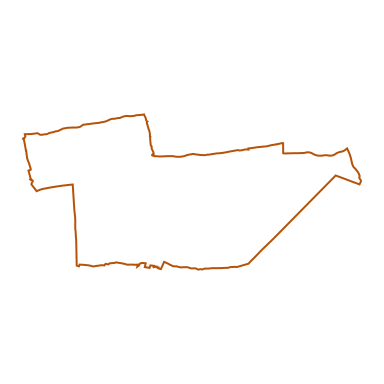 Secu, Dolj, Romania (Natural Earth projection)
{"feature_id": "2599482B59560805166375", "entity_name": "Secu", "entity_type": "district", "adm_level": 2, "iso_a3": "ROU", "parent_name": "Romania", "parent_adm1": "Dolj", "projection": "natural_earth1", "projection_center": [23.29, 44.48], "detail": "fine", "context": "isolated", "style": "outline", "palette": "amber", "viewbox_px": 384, "rotation_deg": 0, "n_neighbors": 0, "source": "geoboundaries", "source_scale": "gbopen_adm2", "svg_char_len": 5915}
<svg xmlns="http://www.w3.org/2000/svg" viewBox="0 0 384 384"><path d="M359.5,184.4L360.4,182.6L361.0,181.4L360.7,180.0L359.6,178.5L359.2,177.6L359.4,177.0L359.7,176.1L358.9,173.9L357.9,172.1L356.7,170.5L355.2,168.6L353.6,167.1L352.3,164.4L350.8,157.8L349.3,153.2L348.7,151.9L347.1,148.4L346.4,148.9L345.5,149.8L343.7,150.9L342.5,151.4L341.2,151.7L339.3,152.1L338.3,152.5L337.3,152.9L336.6,153.2L335.6,153.9L334.5,154.6L333.5,155.1L332.1,155.5L330.3,155.7L329.1,155.6L327.8,155.4L326.2,155.2L324.4,155.3L323.5,155.4L322.7,155.6L320.8,155.7L318.3,155.7L316.9,155.4L315.4,155.0L313.5,154.2L312.4,153.5L311.0,152.9L309.8,152.5L308.8,152.3L307.7,152.3L306.9,152.3L305.5,152.7L304.4,152.9L303.4,153.0L302.4,153.1L301.5,153.0L300.1,153.1L298.3,153.2L296.2,153.2L294.5,153.2L293.1,153.2L290.7,153.3L289.0,153.3L286.6,153.4L285.4,153.5L284.5,153.4L283.5,153.3L283.2,153.2L283.1,143.2L281.9,143.1L280.5,143.5L279.4,143.7L277.1,144.3L276.9,144.1L276.2,144.4L271.7,145.1L270.0,145.5L266.9,146.3L263.7,146.6L259.2,147.0L256.7,147.3L251.6,148.1L248.4,148.4L248.5,149.6L246.9,149.4L244.8,149.5L241.8,150.3L239.3,150.5L238.3,150.2L237.9,150.1L233.9,150.8L229.9,151.5L226.0,152.3L223.2,152.8L219.1,153.3L217.4,153.3L214.9,153.7L211.4,154.2L209.4,154.6L207.1,154.7L204.8,155.2L200.9,155.0L198.7,154.8L197.1,154.5L195.2,154.4L193.8,154.0L192.4,154.0L190.3,154.5L189.8,154.5L188.6,154.7L186.8,155.2L185.5,155.7L183.3,156.3L181.3,156.7L178.9,156.8L175.8,156.7L172.8,156.1L169.3,156.1L167.1,156.1L164.8,156.3L162.5,156.4L159.7,156.5L154.5,156.1L153.8,155.9L152.7,155.6L152.1,155.2L152.5,154.4L152.9,154.5L153.4,154.5L153.7,154.3L153.6,153.6L153.4,152.3L151.6,148.4L151.7,146.6L150.8,145.5L150.3,140.7L150.1,137.5L150.4,136.8L149.8,136.2L150.0,135.2L149.8,133.3L149.4,131.2L149.0,130.1L148.3,128.0L147.9,126.8L147.6,125.4L146.9,123.4L146.8,122.2L147.3,121.6L147.0,121.5L146.3,120.5L146.0,119.6L145.8,118.6L145.4,117.2L145.1,116.7L144.8,116.4L144.0,114.4L141.5,114.9L140.5,114.9L138.9,115.1L137.6,115.1L136.3,115.2L134.9,115.7L133.9,115.9L132.6,116.0L131.1,116.2L128.4,116.1L127.5,116.0L126.2,115.9L125.0,116.2L123.6,116.5L122.0,117.0L120.1,117.9L119.6,118.0L118.3,118.0L114.8,118.7L113.6,118.8L112.3,118.8L111.6,118.9L109.7,119.6L108.3,120.3L106.8,121.0L106.1,121.3L104.1,121.8L102.4,122.2L100.9,122.3L99.8,122.7L98.5,122.9L95.4,123.2L91.2,123.7L89.3,124.0L88.9,124.1L87.9,124.1L87.2,124.2L86.1,124.4L84.7,124.6L84.0,124.6L83.4,124.7L82.1,125.4L81.0,126.3L80.5,126.6L79.6,127.0L78.2,127.3L76.8,127.5L73.6,127.5L72.2,127.6L71.3,127.6L70.0,127.7L69.1,127.7L67.6,127.8L63.0,128.6L62.4,128.8L61.9,129.2L59.8,130.1L59.0,130.6L58.3,130.9L57.6,131.1L55.5,131.4L53.4,132.1L50.2,132.8L49.6,132.9L49.2,133.0L47.7,133.8L46.2,134.3L45.6,134.3L45.1,134.2L43.2,134.6L42.4,134.7L40.8,134.8L39.8,134.6L38.8,133.9L37.9,133.4L37.4,133.2L35.4,133.5L31.5,134.0L28.3,134.1L25.6,134.2L24.8,134.2L25.1,135.5L25.4,136.4L25.0,137.0L24.7,137.7L24.3,138.0L23.5,138.3L23.1,138.5L23.0,138.8L23.9,139.3L23.9,139.8L24.0,140.0L24.0,140.4L24.6,142.9L25.1,145.9L25.8,149.8L25.9,150.7L26.2,150.7L26.4,152.4L26.5,153.6L26.6,153.9L26.6,154.3L26.8,155.5L26.9,156.1L26.9,156.7L27.0,157.4L27.1,158.1L27.7,159.9L28.5,162.1L28.6,162.4L28.9,162.9L30.6,168.5L30.8,169.3L30.7,169.7L30.3,170.0L28.9,170.5L28.5,170.6L28.7,171.4L29.1,172.9L30.6,178.5L30.9,178.9L30.5,179.1L30.2,179.3L30.1,179.5L30.6,179.8L30.8,179.9L31.4,180.1L32.2,180.2L32.4,180.4L32.7,180.7L32.8,181.1L32.7,181.6L32.3,182.1L31.8,182.9L31.7,183.1L31.6,183.5L31.5,183.8L31.4,184.1L31.5,184.5L32.0,185.2L33.2,186.7L34.0,187.8L34.5,188.4L34.7,188.6L36.6,191.2L38.4,190.4L40.0,189.8L42.0,189.1L46.1,188.3L52.6,187.1L62.0,185.7L70.8,184.7L72.7,184.5L72.8,186.3L73.0,188.5L74.3,209.7L75.2,217.9L75.3,222.3L75.2,224.5L75.3,226.0L75.2,228.1L75.6,231.3L75.9,236.9L76.2,240.3L76.7,265.3L76.7,265.6L79.0,266.3L79.6,264.6L81.1,264.7L83.5,264.8L85.9,265.1L87.8,265.2L89.3,265.5L90.9,265.8L91.8,266.1L92.9,266.4L94.0,266.4L95.3,266.1L96.9,265.8L97.7,265.9L99.2,265.5L101.7,265.2L103.4,265.3L104.5,265.4L104.9,264.6L105.3,264.1L105.7,263.9L106.3,263.9L108.0,264.4L108.4,264.4L109.2,263.7L109.7,263.3L112.2,263.1L113.9,262.9L114.2,263.0L114.7,262.9L115.8,262.4L116.6,262.5L117.4,262.7L118.1,262.7L121.2,263.2L122.8,263.5L124.7,263.9L126.8,264.6L128.1,264.7L129.8,264.6L132.6,264.6L133.8,264.8L134.7,264.7L136.2,264.8L136.9,264.6L137.7,264.6L137.4,266.3L137.3,266.7L138.5,265.9L139.0,265.4L139.3,264.8L139.7,264.0L139.9,263.7L140.3,263.4L141.1,263.2L142.1,263.0L142.8,263.0L143.5,263.0L144.2,263.1L145.7,263.3L144.8,267.1L149.6,267.9L150.4,265.4L153.9,265.8L153.6,266.7L154.1,266.7L154.1,267.1L154.7,266.9L154.8,266.4L156.7,266.6L156.6,267.2L158.4,267.5L158.1,268.2L159.4,268.7L160.9,269.1L164.1,261.9L164.4,262.0L165.2,262.3L165.8,262.6L166.1,262.7L166.8,263.1L167.3,263.4L167.7,263.5L168.3,263.7L168.9,264.1L169.3,264.3L169.6,264.6L170.0,264.8L170.5,265.0L170.9,265.1L171.5,265.4L172.0,265.6L172.4,266.0L172.9,266.2L173.2,266.3L173.8,266.2L174.0,266.2L174.7,266.3L175.0,266.4L175.3,266.4L176.3,266.3L176.9,266.4L177.6,266.7L178.6,266.9L179.7,267.2L180.5,267.4L181.3,267.3L181.9,267.3L182.7,267.3L183.3,267.2L184.0,267.2L186.3,267.2L187.1,267.2L187.8,267.3L188.5,267.5L189.5,267.9L190.3,268.2L190.7,268.3L191.2,268.4L191.8,268.4L192.5,268.4L193.1,268.4L194.0,268.3L194.7,268.3L195.4,268.4L196.0,268.5L196.4,268.7L196.8,268.9L197.5,269.3L198.0,269.5L198.4,269.6L199.3,269.4L199.9,269.2L200.6,269.2L201.6,269.3L202.0,269.4L202.6,269.4L203.1,269.2L204.0,268.8L204.5,268.6L206.0,268.6L207.4,268.6L208.4,268.5L209.5,268.5L210.9,268.3L212.1,268.2L213.0,268.2L214.1,268.1L215.2,268.2L216.4,268.2L218.1,268.1L219.8,268.1L221.5,268.1L222.8,268.0L224.8,267.9L226.1,267.8L227.2,267.9L227.8,267.9L228.9,267.5L230.1,267.2L231.1,267.0L232.9,267.0L234.0,266.9L235.7,266.9L237.2,267.0L237.3,266.9L248.5,263.7L250.0,262.0L251.1,260.8L255.8,256.2L261.5,250.2L273.1,239.0L335.7,175.5L359.5,184.4Z" fill="none" stroke="#b45309" stroke-width="2"/></svg>